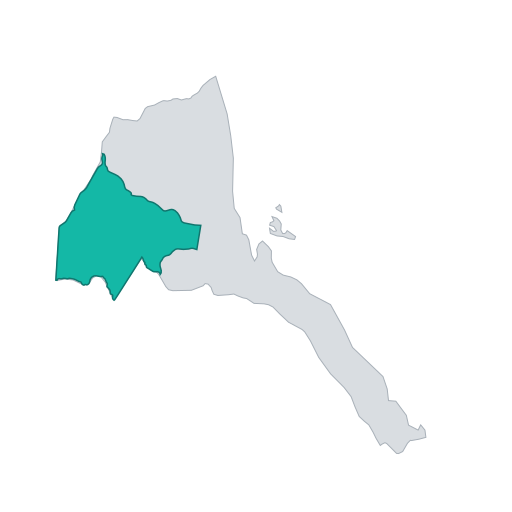 location of Gash Barka within Eritrea, rotated 10°
{"feature_id": "ERI-1560", "entity_name": "Gash Barka", "entity_type": "Region", "adm_level": 1, "iso_a3": "ERI", "parent_name": "Eritrea", "parent_adm1": "", "projection": "orthographic", "projection_center": [37.465, 15.27], "detail": "fine", "context": "in_parent", "style": "filled", "palette": "teal", "viewbox_px": 512, "rotation_deg": 10, "n_neighbors": 0, "source": "natural_earth", "source_scale": "10m", "svg_char_len": 4987}
<svg xmlns="http://www.w3.org/2000/svg" viewBox="0 0 512 512"><g transform="rotate(10 256 256)"><path d="M62.9,314.9L61.1,297.3L59.9,285.6L58.6,273.1L57.4,261.4L63.0,254.2L65.7,247.4L72.4,225.2L75.1,220.7L80.4,208.8L81.1,205.4L86.3,190.4L85.8,180.4L84.8,170.3L87.7,164.4L90.2,159.6L90.0,155.6L91.2,146.2L92.0,143.9L95.1,143.7L101.4,144.9L106.0,144.0L111.3,144.0L115.5,143.7L117.9,140.8L121.3,129.9L123.4,127.7L125.1,127.0L129.8,125.0L133.8,121.8L137.1,119.5L138.3,119.0L141.8,118.8L145.3,117.4L146.9,115.8L151.2,114.6L155.5,115.3L158.4,113.9L160.3,113.1L162.5,113.0L164.5,111.7L165.3,109.8L166.6,108.5L170.0,105.7L171.5,103.6L172.2,101.5L172.8,99.9L174.3,97.1L180.1,90.1L185.1,86.0L202.9,121.1L210.2,141.9L216.7,163.6L221.7,196.3L226.3,212.9L233.6,221.0L238.7,236.5L243.0,237.1L246.1,241.3L251.5,255.9L255.4,261.2L257.3,256.6L257.1,253.9L255.5,249.4L256.8,243.6L259.8,240.1L266.6,244.7L270.3,248.3L271.4,255.4L273.0,259.4L280.1,267.7L286.1,270.1L293.9,270.6L300.4,272.4L305.6,275.4L315.4,283.8L337.8,290.9L356.1,313.6L366.9,329.3L402.0,352.7L408.3,364.2L411.6,375.4L418.9,374.7L431.7,386.8L435.6,396.1L445.9,399.3L447.5,393.7L452.6,398.1L454.8,405.1L448.3,408.1L441.0,410.8L440.0,410.7L437.7,414.1L434.4,423.1L430.7,425.8L428.7,426.0L417.2,417.9L415.4,417.5L413.0,419.2L411.3,421.0L405.9,414.7L401.9,409.2L396.4,402.7L391.2,399.8L385.5,396.1L379.8,387.5L374.1,378.0L365.6,370.2L349.9,359.1L335.4,345.0L324.3,330.1L317.2,322.3L314.2,320.4L299.6,315.6L289.4,308.9L281.6,303.3L276.8,301.8L272.2,301.7L262.3,303.0L254.1,299.5L250.6,299.5L245.1,298.5L240.8,297.3L235.7,298.9L225.3,301.5L221.1,301.0L218.7,297.5L217.3,294.8L213.7,292.0L210.7,292.0L209.1,294.5L198.3,301.0L180.1,304.6L175.8,304.4L172.5,301.8L163.3,290.9L160.7,289.1L158.6,289.0L154.4,287.7L150.4,285.6L146.9,281.1L143.4,278.6L139.6,287.4L133.0,302.7L129.5,311.0L124.9,321.6L123.5,321.9L121.1,321.1L112.0,307.9L106.3,303.0L102.1,303.4L99.0,305.9L97.0,310.3L94.9,313.0L92.5,314.0L87.6,313.5L80.0,311.4L72.1,311.8L64.0,314.8L62.9,314.9ZM275.9,226.1L278.4,229.3L280.1,229.0L281.4,227.9L282.3,225.6L291.6,230.0L291.1,233.0L285.6,233.3L279.2,232.1L273.3,232.6L266.2,231.3L264.5,226.3L269.0,228.7L271.4,228.0L271.8,227.4L268.5,223.9L264.1,223.3L264.3,220.6L266.3,219.5L267.5,218.2L264.9,214.4L270.0,215.2L273.2,217.5L275.3,220.1L275.9,226.1ZM271.8,202.6L273.9,208.5L268.1,206.3L267.1,205.1L269.6,202.7L270.1,201.3L271.8,202.6Z" fill="#d9dde1" stroke="#a8b0b8" stroke-width="1"/><path d="M63.1,314.5L61.8,303.2L60.9,295.7L60.1,288.0L59.4,282.1L59.0,278.7L57.9,268.4L57.2,262.6L57.3,261.3L57.8,260.2L62.2,256.0L63.2,254.3L66.3,245.5L67.4,243.6L69.3,242.3L68.5,239.6L68.7,237.0L71.9,225.4L72.7,224.0L75.6,221.0L77.2,218.4L80.0,210.3L82.7,202.8L84.7,197.2L85.6,195.6L88.1,193.1L88.7,191.5L88.5,190.2L87.5,187.7L87.2,186.4L87.3,185.1L87.5,184.0L87.5,183.0L87.1,181.9L88.8,182.2L89.9,183.9L90.4,185.2L90.8,186.8L91.1,190.2L91.5,191.7L91.9,192.7L92.3,193.3L92.7,193.7L93.3,194.1L93.8,194.6L94.2,195.3L95.0,197.2L95.4,197.8L96.3,198.3L97.6,198.8L103.1,200.2L106.1,201.2L109.7,203.4L112.0,205.7L113.7,208.4L114.8,211.0L115.8,212.5L117.0,213.3L119.0,213.9L120.8,214.7L121.9,215.4L122.3,216.0L122.4,216.6L122.4,217.2L122.8,217.6L123.7,217.9L128.0,217.9L132.1,217.4L133.7,217.4L135.4,217.8L137.5,218.8L139.1,220.0L140.4,220.7L141.7,220.9L143.7,221.0L145.3,221.2L147.2,221.8L150.6,223.3L156.4,227.1L157.4,227.5L158.9,227.4L160.2,226.9L163.4,225.3L164.9,224.8L166.4,224.8L168.4,225.4L171.2,227.2L173.1,229.2L174.7,231.3L176.4,234.5L177.6,235.4L179.6,235.9L190.3,236.1L196.3,235.4L196.6,259.9L192.7,259.4L190.8,259.7L188.4,260.8L183.3,262.1L178.0,262.5L177.2,262.7L176.3,263.0L175.2,263.7L173.0,266.2L171.7,268.5L170.8,269.6L170.0,270.3L167.8,271.2L166.5,272.0L165.5,273.0L164.9,273.8L164.1,276.2L163.0,278.4L162.8,279.5L162.9,281.0L163.3,282.7L165.2,286.8L165.5,289.1L164.8,290.7L164.4,289.8L163.8,289.1L162.9,288.7L161.5,288.6L158.1,289.2L157.0,289.0L150.6,286.4L150.1,286.0L149.8,285.4L149.7,284.9L149.6,284.4L149.0,283.9L148.4,283.8L148.1,283.5L148.0,283.1L147.8,282.7L147.7,282.5L147.7,281.9L147.7,281.6L147.5,281.4L146.9,281.3L146.7,281.1L145.5,278.9L144.8,277.8L143.8,276.9L141.4,282.8L137.6,292.1L133.8,301.2L130.1,310.2L126.7,318.4L124.5,323.5L123.9,324.2L122.8,323.5L122.2,322.8L121.9,321.8L121.8,320.2L121.7,319.6L121.2,319.2L120.6,318.9L120.0,318.8L119.2,318.5L118.9,317.8L118.6,316.3L118.1,315.1L117.9,314.8L115.5,312.7L114.6,312.2L114.5,311.6L114.5,310.2L114.4,309.3L114.2,308.8L113.3,307.9L111.1,304.6L109.9,304.0L108.5,302.7L107.7,302.9L106.4,303.3L102.0,303.2L100.0,303.7L98.3,305.0L97.4,306.3L96.9,307.5L96.7,308.7L96.7,310.2L96.5,311.5L96.0,312.5L95.4,313.2L94.7,313.7L94.2,313.8L93.1,313.7L92.6,313.7L91.8,314.5L91.4,314.6L90.8,314.5L90.3,314.3L89.8,314.1L89.4,313.7L88.3,312.3L88.0,312.0L86.0,311.8L82.1,310.6L80.2,310.3L76.2,310.3L75.6,310.5L74.7,311.0L74.2,311.2L71.5,311.2L70.3,311.4L68.5,312.2L67.7,312.4L66.4,312.4L65.4,312.7L64.6,313.3L64.2,314.5L63.1,314.5Z" fill="#14b8a6" stroke="#0f766e" stroke-width="1.5"/></g></svg>